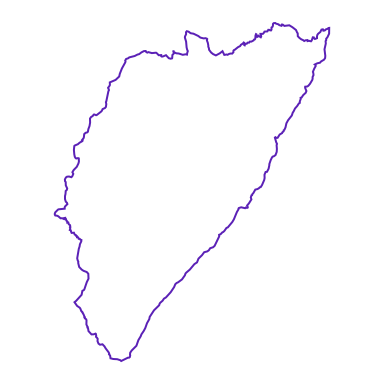 Jerusalén, Cundinamarca, Colombia
{"feature_id": "7082276B72958571486276", "entity_name": "Jerusalén", "entity_type": "district", "adm_level": 2, "iso_a3": "COL", "parent_name": "Colombia", "parent_adm1": "Cundinamarca", "projection": "natural_earth1", "projection_center": [-74.701, 4.558], "detail": "fine", "context": "isolated", "style": "outline", "palette": "violet", "viewbox_px": 384, "rotation_deg": 0, "n_neighbors": 0, "source": "geoboundaries", "source_scale": "gbopen_adm2", "svg_char_len": 5764}
<svg xmlns="http://www.w3.org/2000/svg" viewBox="0 0 384 384"><path d="M296.0,30.0L292.4,27.2L289.3,25.3L284.4,25.9L282.7,24.6L282.0,24.5L281.5,25.8L279.2,25.1L278.6,24.4L276.0,23.6L275.2,23.0L273.6,23.2L273.0,23.9L272.9,25.8L272.5,26.8L271.5,27.5L271.5,29.6L271.1,30.4L270.1,30.4L269.5,29.9L268.3,29.8L267.4,31.4L264.5,31.6L263.8,32.9L262.8,33.9L260.4,33.9L260.4,34.2L261.0,35.1L261.2,36.6L260.8,37.3L258.4,35.7L257.5,36.9L257.1,36.9L256.4,34.3L256.0,34.1L255.5,35.5L255.3,38.6L254.8,39.4L254.0,39.6L253.6,40.4L251.4,41.6L249.8,41.6L249.0,42.7L247.5,42.7L246.8,43.7L245.2,43.9L244.7,45.3L244.2,45.0L244.3,42.9L243.7,42.5L242.8,43.6L240.9,44.8L240.1,46.1L238.1,47.1L234.7,49.8L233.8,50.2L233.4,50.8L233.4,52.3L232.2,53.6L230.8,53.5L229.1,53.9L227.6,54.8L226.7,54.5L224.3,54.9L222.5,51.2L219.8,53.3L215.9,55.4L213.1,54.1L211.1,52.5L209.1,49.8L208.9,48.2L208.3,46.7L208.3,45.4L207.8,42.8L206.9,40.4L207.2,39.0L206.9,38.7L205.6,38.2L203.6,38.4L200.4,37.6L198.3,36.0L193.5,33.7L190.6,33.2L188.6,31.7L186.8,31.2L186.0,32.2L186.1,34.2L185.0,36.5L184.9,37.6L186.1,41.6L186.6,47.4L187.1,49.5L187.8,51.1L187.2,53.0L187.0,54.6L185.5,54.3L182.8,54.8L178.7,53.5L176.3,53.3L174.0,52.2L173.4,50.5L173.3,51.2L173.9,53.4L172.4,55.0L172.2,58.0L172.0,58.4L170.6,58.7L168.8,58.2L166.0,55.2L162.8,56.5L161.6,56.5L161.2,56.2L161.2,55.1L158.7,55.2L156.9,53.3L156.0,52.7L151.9,53.1L148.3,52.1L147.3,52.6L146.3,52.1L145.7,51.0L143.9,51.1L141.4,52.4L139.2,54.1L137.4,54.6L134.7,56.0L129.2,57.4L128.3,58.2L126.1,59.0L125.2,60.6L125.5,61.3L125.3,62.3L121.9,68.5L119.8,73.8L119.2,76.5L115.6,79.9L109.8,82.4L109.9,85.0L109.1,86.5L108.1,87.7L108.3,88.6L108.8,89.2L108.9,90.3L108.4,91.2L106.3,101.3L105.9,102.1L106.3,104.1L105.9,106.9L105.0,108.0L102.6,109.1L101.9,110.7L101.0,111.7L96.9,114.9L96.1,115.2L94.4,114.5L93.7,114.6L92.8,115.9L90.9,117.2L90.0,118.6L90.1,122.6L89.5,126.1L88.4,129.0L87.9,131.7L87.2,132.4L85.6,132.8L84.2,134.1L83.9,137.1L83.6,138.1L82.1,140.0L82.6,140.3L82.4,141.1L79.6,142.7L77.9,144.2L75.0,145.4L74.3,146.0L73.9,149.9L74.3,154.4L74.8,156.8L75.6,158.1L76.2,158.5L78.0,158.1L78.8,158.4L78.9,161.7L78.4,163.5L76.8,166.8L73.7,170.0L72.4,172.2L73.3,173.9L72.2,176.4L71.3,177.2L69.0,176.5L67.0,176.7L65.9,177.5L64.9,179.4L65.0,181.1L65.7,182.1L65.8,185.4L67.2,188.4L66.8,189.9L65.7,191.0L65.5,193.9L65.0,196.1L65.0,199.1L65.8,201.7L66.9,202.7L67.4,204.1L65.0,206.5L64.7,207.3L64.7,208.7L58.7,209.3L58.0,209.6L55.3,212.3L54.8,213.5L54.8,214.7L55.3,215.5L57.0,215.7L58.3,216.3L60.6,218.3L62.1,218.2L63.6,218.9L63.9,218.1L65.0,217.9L64.9,219.0L65.2,219.3L65.9,219.0L66.5,220.8L67.1,221.2L67.3,222.7L68.3,222.5L68.8,224.3L70.0,225.1L70.3,226.3L69.9,227.1L70.3,227.6L70.1,228.1L70.2,228.8L69.8,230.0L70.8,230.4L71.0,231.5L71.6,232.9L73.9,232.7L74.7,234.6L75.8,235.0L76.1,235.9L76.9,236.1L77.0,237.3L78.2,237.4L78.7,238.8L79.8,238.9L80.3,239.6L81.4,240.0L81.3,241.3L79.9,244.3L79.6,246.4L78.8,248.8L77.2,258.3L77.7,260.4L78.3,261.6L78.2,263.0L79.2,267.0L81.7,269.6L83.5,270.8L86.7,272.0L88.0,273.4L88.3,273.8L88.5,278.7L86.8,282.1L84.4,289.2L83.8,290.1L82.4,290.8L81.6,294.8L76.1,300.9L74.5,302.2L77.1,305.9L79.7,307.7L80.3,308.5L81.3,311.1L82.0,311.6L82.2,312.3L82.7,312.5L82.9,313.5L83.5,314.2L84.3,316.3L84.3,317.1L84.9,317.3L84.8,318.3L86.2,319.3L86.5,320.3L86.4,324.4L87.1,326.1L87.6,326.7L87.4,327.6L88.0,328.0L88.5,331.1L91.5,334.4L93.8,334.3L95.5,333.6L95.8,333.8L96.2,335.6L96.0,336.8L97.1,337.9L97.7,338.9L97.5,341.1L98.5,343.6L100.0,344.7L102.5,344.3L104.5,346.4L105.6,348.3L108.7,352.4L109.2,353.6L109.0,354.3L110.1,355.5L110.5,358.3L113.3,359.0L117.2,359.2L120.3,360.2L121.2,361.0L127.9,357.7L129.0,357.7L129.8,357.1L130.2,355.4L130.0,354.6L130.2,352.7L131.7,350.5L136.4,345.8L138.4,340.1L140.7,336.3L141.4,334.4L143.7,331.0L145.3,328.0L147.0,323.2L149.3,319.1L149.7,316.9L154.0,310.3L159.2,305.2L159.4,304.2L160.1,302.9L162.6,300.7L163.9,298.7L166.0,297.4L170.7,292.2L174.1,287.1L175.3,284.2L176.6,283.0L178.1,282.3L182.0,279.4L184.9,275.3L185.5,273.5L186.3,272.6L189.8,269.6L194.4,264.1L197.0,262.4L198.5,258.6L202.0,255.2L204.2,252.2L207.3,251.4L208.8,250.3L210.2,248.2L213.0,247.3L214.6,245.9L219.2,236.4L219.1,234.8L220.6,234.2L222.3,232.4L223.2,232.0L224.3,231.0L226.5,227.9L227.8,227.4L232.3,222.0L233.9,219.3L236.9,212.0L238.5,209.3L238.5,208.5L238.9,208.0L241.2,207.3L245.1,208.2L245.8,207.5L246.9,207.9L247.6,207.7L247.8,207.2L247.1,205.5L248.9,203.4L251.4,199.4L250.8,197.5L251.5,195.3L252.1,195.1L252.4,194.1L253.4,193.0L255.3,189.6L257.3,189.1L258.7,188.4L259.8,187.3L260.7,187.1L262.0,185.1L264.2,180.0L264.6,178.0L264.5,174.7L265.6,172.0L267.0,171.8L268.6,168.7L269.4,164.9L269.3,164.2L270.7,160.1L272.0,157.4L272.7,156.6L273.8,156.3L275.5,155.1L276.7,151.9L276.9,148.9L276.6,145.1L277.0,143.9L276.2,142.2L274.9,137.6L275.4,137.2L276.4,137.9L277.6,137.8L279.7,134.5L282.1,133.1L282.3,132.4L283.6,131.3L283.7,130.3L284.4,129.8L285.5,127.4L286.4,123.3L288.1,120.2L291.8,115.5L292.8,112.5L293.5,111.6L295.0,108.5L297.2,106.0L298.8,103.5L299.8,102.9L299.8,101.4L300.7,99.0L300.6,97.8L301.6,97.5L303.2,95.1L305.7,92.8L306.4,91.0L305.1,87.8L305.2,86.7L307.2,86.5L308.3,85.8L310.0,83.8L312.3,79.9L312.6,78.7L312.6,77.0L313.5,75.1L313.3,73.0L312.9,71.9L314.2,68.7L315.7,66.0L315.6,65.2L314.8,64.5L317.3,63.3L320.0,62.7L321.0,61.5L324.0,59.7L325.1,58.1L325.3,55.8L324.5,49.3L325.8,43.5L325.6,41.1L326.2,40.2L326.2,38.7L327.4,37.3L329.1,33.7L329.2,27.9L328.5,28.0L327.4,28.9L326.0,29.3L325.0,30.3L323.8,30.7L323.4,30.7L323.3,29.7L322.9,29.3L321.5,29.6L320.3,32.0L318.1,33.8L317.4,34.8L317.0,36.2L317.0,38.2L314.9,39.0L314.3,38.6L313.8,37.4L312.8,37.3L311.7,40.5L311.0,41.3L309.0,40.8L307.6,41.1L307.4,40.1L305.6,40.3L304.2,41.0L303.4,40.3L301.1,39.2L299.3,37.8L297.8,36.2L297.7,33.3L297.1,32.5L296.0,30.0Z" fill="none" stroke="#5b21b6" stroke-width="2"/></svg>